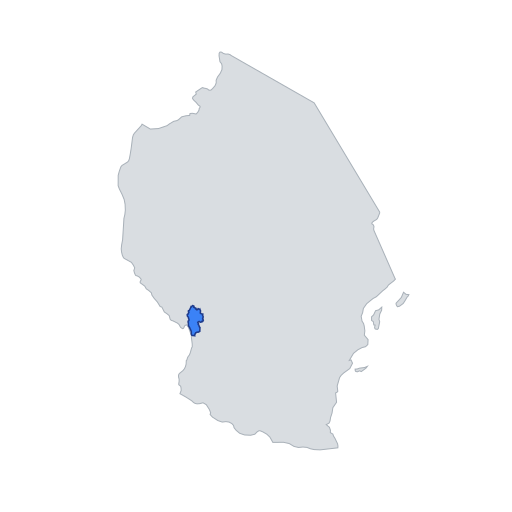 Makete, Njombe, United Republic of Tanzania shown in context, rotated 30°
{"feature_id": "72390352B51873582002434", "entity_name": "Makete", "entity_type": "district", "adm_level": 2, "iso_a3": "TZA", "parent_name": "United Republic of Tanzania", "parent_adm1": "Njombe", "projection": "albers", "projection_center": [34.157, -9.274], "detail": "fine", "context": "in_parent", "style": "filled", "palette": "blue", "viewbox_px": 512, "rotation_deg": 30, "n_neighbors": 0, "source": "geoboundaries", "source_scale": "gbopen_adm2", "svg_char_len": 7364}
<svg xmlns="http://www.w3.org/2000/svg" viewBox="0 0 512 512"><g transform="rotate(30 256 256)"><path d="M198.3,347.7L193.5,345.1L189.0,343.6L185.4,341.9L183.8,340.2L180.4,339.5L177.4,339.3L174.7,337.7L169.1,337.1L168.5,336.1L168.4,333.8L167.4,333.2L165.4,332.6L163.2,332.6L161.8,333.0L161.1,332.8L159.2,331.4L157.5,329.7L156.9,326.9L154.3,325.2L151.3,323.8L143.1,324.0L141.9,323.6L139.9,322.2L137.6,319.8L135.7,317.2L134.1,313.6L132.4,308.7L122.8,289.4L121.7,285.7L119.9,281.6L116.8,276.7L113.6,273.0L109.2,269.6L104.2,266.3L101.5,264.1L96.3,255.0L95.2,250.8L94.4,246.3L94.7,244.5L97.8,238.8L98.1,237.2L97.7,235.0L96.1,230.5L94.0,225.0L89.8,215.0L89.2,212.4L89.3,210.5L91.5,200.3L91.4,198.8L101.0,198.9L107.8,194.4L113.8,187.6L115.0,184.8L117.4,180.5L119.8,178.3L120.7,176.8L122.1,172.6L125.2,169.6L128.3,167.4L127.6,165.8L128.1,165.2L129.8,164.1L133.1,163.0L133.7,160.8L133.7,158.2L133.1,156.8L133.2,155.2L132.7,154.3L130.5,154.1L127.3,152.9L124.6,152.3L122.8,151.6L122.1,151.1L121.8,149.6L123.3,145.7L121.8,144.1L125.0,137.6L125.6,136.8L126.8,136.7L128.7,136.0L130.5,135.6L132.0,135.9L133.0,135.6L134.0,134.9L134.7,132.7L135.4,129.0L135.0,126.0L133.6,123.7L133.2,120.2L133.7,115.5L133.3,111.6L131.7,108.5L130.1,106.7L127.7,105.8L123.9,101.1L122.7,98.8L122.9,97.3L124.2,96.7L126.6,96.9L128.8,96.3L130.9,95.0L133.0,94.6L134.1,94.8L229.8,94.3L341.1,156.1L341.6,156.9L342.4,162.2L342.2,164.0L340.5,167.0L339.9,168.6L339.9,169.7L340.3,170.2L341.8,170.3L343.0,171.1L343.5,171.6L344.4,173.9L345.6,175.1L387.4,205.8L388.3,206.3L387.7,208.8L385.2,214.9L385.1,217.5L384.1,220.5L383.2,222.5L380.6,231.1L378.6,234.3L375.7,241.9L375.2,247.7L376.7,251.8L377.2,255.6L380.4,259.4L382.9,260.7L384.7,262.5L387.7,266.4L389.4,270.4L394.9,272.4L397.1,276.8L396.2,279.8L393.6,282.3L391.1,286.3L389.1,291.6L389.0,299.8L390.3,298.5L393.2,300.6L393.5,306.6L390.4,313.5L389.4,316.8L389.2,319.6L391.3,328.0L394.5,332.3L394.2,333.7L393.4,334.8L398.9,342.4L398.4,348.9L400.4,354.1L401.3,358.5L402.6,361.9L402.8,364.3L401.1,366.9L405.2,367.6L407.6,369.7L408.7,371.8L411.6,371.8L413.2,373.2L415.5,374.4L420.6,377.9L422.0,379.6L422.8,381.2L408.5,391.8L403.3,394.5L399.7,395.7L395.8,396.3L392.1,398.0L388.5,400.6L384.1,401.9L378.6,401.8L372.9,403.6L363.8,409.0L358.6,405.9L354.5,404.9L349.8,404.9L346.9,405.3L345.9,405.9L344.9,407.8L344.1,410.9L341.0,413.9L335.6,416.7L330.5,417.7L326.0,416.9L322.9,415.7L321.3,414.0L318.9,413.2L315.7,413.3L312.7,414.5L309.8,416.7L305.2,417.6L298.9,417.3L295.5,416.2L295.1,414.4L292.3,412.2L287.3,409.6L283.5,409.6L281.1,412.0L278.9,413.5L277.0,414.1L275.2,414.1L272.6,413.5L265.6,413.2L259.0,413.3L258.4,409.8L257.0,407.7L255.8,406.4L253.5,406.1L252.9,405.1L252.1,403.0L251.0,401.1L249.5,399.6L248.6,398.2L248.3,396.9L248.6,395.5L250.0,391.9L250.4,389.5L250.2,387.0L249.5,384.5L247.9,381.4L248.1,380.6L247.6,378.5L247.5,377.0L247.8,375.2L247.5,372.8L246.2,367.8L246.2,366.5L244.7,364.0L240.3,358.2L240.1,357.4L233.2,351.6L230.4,350.3L229.4,351.4L229.1,352.4L229.4,354.3L229.2,355.2L228.9,355.6L227.2,355.6L226.2,355.4L223.6,353.8L221.5,353.4L216.5,353.7L214.7,354.1L213.3,353.7L210.6,351.0L207.5,350.5L204.6,350.3L200.0,347.3L198.3,347.7ZM396.0,251.1L398.2,257.6L397.9,258.8L396.2,259.5L395.4,259.5L394.4,258.5L393.7,256.3L392.5,256.8L390.4,254.2L388.3,254.0L386.5,250.9L387.3,248.2L386.9,243.6L389.2,241.3L390.5,237.4L391.9,240.1L392.2,244.3L394.1,249.3L396.0,251.1ZM407.7,213.0L407.8,214.6L407.4,216.0L407.4,220.5L407.2,223.6L405.4,227.7L403.9,229.2L402.7,228.7L401.7,228.0L400.9,226.9L402.6,219.2L401.9,213.6L405.1,214.2L407.7,213.0ZM401.6,305.7L400.0,306.1L399.3,305.7L398.4,304.4L400.1,303.3L401.8,301.3L405.8,298.3L407.6,295.9L407.3,298.2L405.0,303.4L403.1,303.7L401.6,305.7Z" fill="#d9dde1" stroke="#a8b0b8" stroke-width="1"/><path d="M233.1,350.6L233.4,350.7L233.6,350.8L234.2,351.1L234.3,351.2L234.4,351.3L234.7,351.5L234.8,351.6L235.3,352.0L235.5,352.1L235.8,352.3L236.0,352.5L236.3,352.6L236.5,352.8L236.9,353.1L237.1,353.2L237.4,353.6L237.5,353.6L238.0,354.1L238.1,354.3L238.2,354.5L238.5,355.0L238.8,355.6L238.9,355.8L239.0,355.9L239.2,356.1L239.3,356.2L239.4,356.3L239.5,356.4L239.6,356.5L239.8,356.7L240.0,356.7L240.4,356.7L240.6,356.7L240.8,356.6L241.0,356.5L241.2,356.3L241.3,356.2L241.7,356.0L241.8,356.1L242.0,356.1L242.3,356.0L242.4,355.9L242.5,355.8L242.7,355.7L242.4,355.5L242.4,355.4L242.4,355.2L242.4,354.9L242.4,354.7L242.3,354.4L242.2,354.3L242.3,354.2L242.3,353.9L242.3,353.7L242.3,353.3L242.3,353.2L242.2,352.9L242.3,352.8L242.2,352.6L242.4,352.4L242.5,352.2L242.7,351.9L242.8,351.8L242.8,351.7L243.0,351.4L243.3,351.2L243.5,351.2L243.9,351.0L243.9,350.9L244.0,350.8L244.3,350.5L244.3,350.4L244.5,350.1L244.7,349.9L244.7,349.7L244.9,349.5L245.0,349.3L244.9,349.2L244.7,349.0L244.7,348.9L244.7,348.7L244.4,348.3L244.2,347.9L244.1,347.6L243.9,347.2L243.7,346.9L243.5,346.6L243.4,346.3L243.4,346.2L242.9,346.0L242.9,345.9L242.7,345.9L242.6,345.7L242.3,345.5L241.9,345.3L241.9,345.2L241.1,344.5L240.9,344.4L240.7,344.3L240.4,344.3L240.2,344.2L240.2,343.7L240.1,343.4L239.8,343.4L239.7,343.3L239.6,343.2L239.2,342.9L238.9,342.8L238.7,342.6L238.8,342.4L238.9,342.2L239.0,341.9L239.0,341.7L239.4,341.5L239.6,341.4L239.6,341.1L241.0,341.1L241.3,341.0L241.4,340.9L241.5,340.7L241.7,340.4L241.8,340.2L241.7,339.8L241.7,339.7L241.8,339.6L242.1,339.8L242.3,339.8L242.5,339.6L242.6,339.3L242.6,339.1L242.6,338.9L242.5,338.6L242.5,338.4L242.5,338.2L242.4,338.2L242.2,337.9L242.1,337.6L241.8,337.4L241.7,337.4L241.6,337.2L241.4,337.1L241.2,337.1L241.1,336.9L241.0,336.7L241.1,336.4L240.9,336.2L240.8,335.9L240.9,335.7L240.7,335.5L240.6,335.3L240.6,335.2L240.4,334.7L240.1,334.5L239.9,334.4L239.6,334.3L239.4,334.2L239.3,333.7L239.2,333.4L239.1,333.2L239.0,332.9L237.6,333.4L236.5,333.4L236.4,333.1L236.2,333.0L236.2,332.9L236.0,332.7L235.9,332.5L235.9,332.4L235.8,332.1L235.7,332.0L235.7,331.9L235.4,331.4L235.3,331.2L235.1,330.9L234.8,330.7L234.5,330.6L234.3,330.5L234.2,330.4L234.2,330.5L233.7,330.5L233.5,330.4L233.4,330.4L233.2,330.4L233.1,330.5L232.9,330.5L232.7,330.5L232.3,330.5L232.2,330.5L232.2,331.0L232.2,331.3L232.2,331.6L231.9,331.7L231.9,331.8L231.8,332.0L231.7,332.2L231.2,332.2L230.9,332.1L230.7,332.1L230.5,331.9L230.3,331.9L230.3,331.5L230.3,331.4L230.2,331.3L229.8,331.3L229.6,331.4L229.4,331.4L229.0,331.5L228.9,331.4L228.7,331.4L228.3,331.5L227.9,331.5L227.6,331.5L227.5,331.1L227.6,330.9L227.5,330.7L227.4,330.5L227.2,330.5L226.9,330.5L226.3,330.5L226.0,330.6L225.9,330.6L225.8,330.8L225.7,331.2L225.6,331.8L225.5,332.0L225.5,332.3L225.5,332.5L225.4,332.6L225.1,332.5L225.3,334.1L225.4,335.6L225.4,336.2L225.4,336.5L225.3,336.8L225.0,337.0L224.9,337.1L224.9,337.3L225.0,337.3L225.2,337.5L225.3,337.8L225.4,338.0L225.5,338.1L225.8,338.2L226.0,338.3L226.0,338.5L226.0,339.1L226.0,339.3L226.0,339.5L226.1,339.8L226.3,339.9L226.3,340.0L226.2,340.2L226.2,340.3L226.0,340.5L225.8,340.8L225.7,341.0L225.8,341.3L226.0,341.5L226.2,341.8L226.3,342.0L226.6,342.3L226.9,342.5L227.0,342.5L227.4,342.6L227.5,342.7L227.8,342.8L228.0,342.8L228.3,343.1L228.4,343.3L228.5,343.4L229.0,343.9L229.0,344.0L229.3,344.2L229.4,344.3L229.5,344.3L229.7,344.5L229.8,344.7L229.9,344.9L230.0,345.1L230.1,345.7L230.1,346.0L230.0,346.4L229.9,346.4L230.0,346.8L230.1,347.0L230.4,347.4L230.9,347.7L231.0,347.8L231.3,348.5L231.8,349.3L232.0,349.5L232.4,350.1L232.6,350.3L232.8,350.4L233.1,350.6Z" fill="#3b82f6" stroke="#1e3a8a" stroke-width="1.5"/></g></svg>